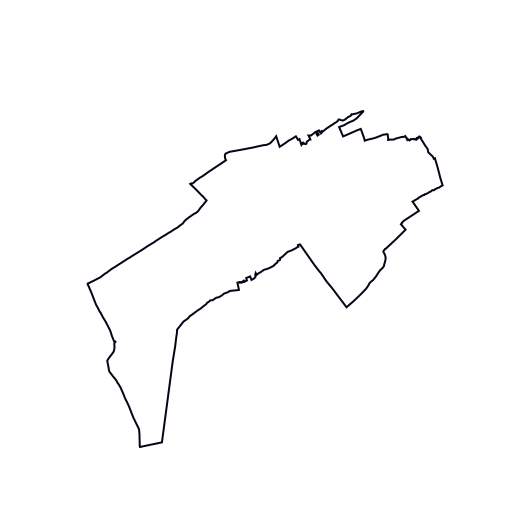 the district of Grecesti, Dolj, Romania, rotated 146°
{"feature_id": "2599482B64081840241941", "entity_name": "Grecesti", "entity_type": "district", "adm_level": 2, "iso_a3": "ROU", "parent_name": "Romania", "parent_adm1": "Dolj", "projection": "orthographic", "projection_center": [23.262, 44.454], "detail": "fine", "context": "isolated", "style": "outline", "palette": "ink", "viewbox_px": 512, "rotation_deg": 146, "n_neighbors": 0, "source": "geoboundaries", "source_scale": "gbopen_adm2", "svg_char_len": 6006}
<svg xmlns="http://www.w3.org/2000/svg" viewBox="0 0 512 512"><g transform="rotate(146 256 256)"><path d="M264.6,352.1L264.8,352.0L266.9,351.6L268.0,351.7L269.1,352.4L270.2,352.5L268.5,344.4L267.0,335.9L266.7,335.5L266.4,332.5L265.9,329.7L267.5,329.1L268.9,328.8L271.6,327.8L272.3,327.7L274.8,327.1L276.4,326.5L277.2,326.2L277.9,325.9L279.3,325.5L279.9,325.4L280.6,325.4L281.5,325.2L283.8,325.6L286.2,325.6L288.6,325.5L289.3,325.6L290.3,325.5L291.5,325.4L293.5,325.3L295.9,324.9L298.3,323.9L302.1,323.8L305.2,323.5L305.9,323.6L309.5,323.8L313.5,323.8L315.7,324.1L317.1,324.0L324.1,324.4L331.3,324.5L332.1,324.4L333.4,324.4L334.4,324.5L340.2,324.8L347.0,324.8L359.2,325.3L361.9,325.3L362.5,325.4L364.0,325.5L379.3,325.8L382.0,326.0L382.4,325.9L383.2,326.0L385.9,325.8L386.7,325.9L387.3,325.8L388.8,325.6L390.7,325.8L397.5,325.4L400.1,325.8L403.3,326.1L408.1,326.8L408.9,326.8L410.4,327.2L411.0,327.2L411.3,326.9L411.8,324.0L413.0,317.5L415.8,305.3L416.3,299.8L416.5,299.0L416.7,296.8L416.5,296.3L417.2,290.5L417.2,289.4L417.4,285.7L418.1,279.5L418.5,276.4L419.0,274.1L419.7,271.9L420.3,269.8L421.0,266.3L421.4,264.8L421.4,264.6L421.3,264.4L420.4,263.8L420.4,263.6L420.5,263.4L422.0,263.0L422.6,262.5L423.4,261.0L424.5,259.2L426.9,256.7L428.6,255.8L429.9,255.4L435.8,253.4L437.9,252.3L438.5,251.1L439.4,248.7L441.6,243.9L442.1,242.5L442.2,241.2L442.0,239.5L441.9,237.1L441.4,231.2L441.4,230.5L441.7,228.4L441.6,226.2L441.9,222.3L443.3,214.8L444.1,211.5L444.8,206.0L445.6,201.4L447.0,195.3L448.1,190.3L449.8,177.9L452.1,173.7L458.8,163.2L459.0,162.6L438.2,154.1L383.9,215.3L373.8,226.0L368.8,231.8L364.7,236.3L362.5,239.1L352.7,242.2L351.3,242.2L347.3,242.3L346.5,242.5L344.5,243.2L343.1,243.1L334.6,243.5L330.8,243.4L328.5,243.7L324.2,243.9L322.6,244.6L320.8,244.4L320.3,244.4L319.0,244.8L318.6,244.7L317.2,243.9L316.3,243.6L315.1,243.6L313.8,243.7L312.3,243.6L309.7,242.6L306.4,242.4L303.4,242.7L299.7,241.7L298.5,241.8L297.7,241.5L297.0,241.6L296.7,241.5L295.5,240.7L294.2,240.1L293.6,239.7L292.7,239.2L291.8,238.8L290.8,238.2L289.1,237.4L286.3,244.3L285.0,244.0L283.9,243.4L284.1,242.8L282.5,242.5L282.7,242.0L281.0,241.8L280.9,242.3L280.4,242.4L280.4,242.0L279.9,242.0L280.2,241.1L277.2,240.8L276.5,243.2L272.3,242.4L273.1,238.7L271.2,238.5L270.0,238.5L269.0,238.7L268.4,238.9L268.0,239.1L267.8,239.4L267.2,240.8L266.8,241.2L265.8,242.0L266.1,240.0L264.8,240.2L262.7,240.2L261.7,240.0L257.7,240.1L256.7,240.0L254.8,239.3L253.2,238.9L251.8,238.6L249.1,238.2L248.5,238.2L247.1,237.9L246.1,238.3L245.7,238.5L245.4,238.3L244.0,238.6L241.8,238.8L240.7,239.8L238.9,239.3L238.3,239.3L238.0,239.5L237.6,240.0L237.3,240.8L234.8,240.6L232.7,240.9L231.3,241.2L230.6,241.2L228.1,241.7L227.1,241.7L225.4,241.2L222.7,240.6L221.0,240.5L219.0,240.2L216.9,240.2L215.6,240.0L215.1,241.6L213.0,241.0L212.6,216.6L212.1,208.0L211.7,204.9L211.8,202.8L211.7,201.4L211.8,199.3L211.7,195.0L210.9,187.1L209.6,162.9L200.3,164.0L192.1,165.4L186.5,166.5L182.9,167.3L179.7,168.6L178.2,169.3L177.7,169.7L177.0,170.0L175.9,170.3L172.4,170.6L170.9,171.0L167.3,172.2L164.5,173.5L161.6,174.6L157.0,175.5L156.1,176.0L155.4,176.2L154.8,177.0L154.1,177.6L153.3,178.2L151.2,180.0L149.5,182.0L149.2,182.7L148.5,184.7L148.0,188.4L147.8,188.7L147.6,188.9L145.5,189.4L145.1,189.7L144.7,189.4L143.6,189.6L130.2,191.7L117.3,194.2L117.7,197.5L118.1,201.2L117.0,201.3L116.9,201.8L115.9,202.1L113.9,202.5L95.7,202.3L95.7,205.0L95.8,213.6L94.1,213.3L92.5,213.4L91.2,213.2L90.1,213.1L89.0,213.2L88.4,213.4L86.2,213.1L85.3,213.3L83.7,212.9L83.0,212.9L82.4,212.5L81.6,212.8L80.5,212.4L78.2,212.0L77.5,212.1L76.2,212.0L74.8,211.7L73.0,212.0L72.7,211.8L72.1,211.3L71.7,211.0L70.4,211.2L68.5,211.0L66.8,210.6L65.3,210.3L63.6,210.4L61.8,210.2L59.5,217.8L55.9,227.9L53.0,237.0L54.2,237.2L54.0,237.9L53.9,239.9L55.2,245.6L53.9,248.7L53.9,250.1L54.0,252.8L53.7,260.5L53.6,261.7L53.2,261.8L53.3,262.8L53.5,263.5L53.8,263.8L54.1,263.9L54.9,263.6L55.4,263.0L55.7,262.9L56.0,263.0L56.1,263.7L56.2,263.8L56.7,264.0L57.0,263.8L57.0,263.1L57.2,262.9L57.9,262.7L58.3,262.8L58.5,263.1L58.7,263.9L59.0,264.2L59.5,264.2L59.7,264.3L59.7,264.8L59.9,265.0L60.1,265.1L60.8,265.4L61.8,266.0L62.1,266.3L62.4,266.4L62.8,266.3L63.3,265.9L64.2,266.0L64.5,266.7L64.6,267.7L64.9,267.9L65.6,267.7L65.1,269.7L65.4,269.8L65.2,272.0L66.2,271.9L67.0,272.2L67.8,272.6L68.1,273.0L68.7,273.2L75.1,275.4L75.9,275.3L76.9,275.6L79.4,277.3L81.6,278.4L80.6,279.5L80.0,281.0L78.8,283.1L78.9,283.4L79.2,283.8L81.4,284.7L82.5,285.4L86.4,286.2L91.5,287.4L95.2,288.7L98.1,289.9L99.5,290.3L101.4,290.8L100.6,292.8L98.4,301.3L98.1,302.8L102.2,303.7L116.9,306.4L115.0,316.4L109.4,315.1L107.4,315.1L103.4,314.6L99.7,313.8L96.2,313.8L95.1,313.9L86.3,315.8L86.2,316.1L86.3,316.4L86.8,316.6L88.7,317.1L91.1,317.5L93.0,318.0L94.4,318.5L95.0,318.8L95.3,319.0L96.2,319.2L96.7,319.4L97.4,320.1L97.8,320.0L98.3,319.6L99.3,319.3L101.0,319.5L102.0,319.8L103.1,319.5L104.6,319.5L105.6,319.3L106.4,319.4L108.0,319.7L108.6,320.0L108.8,320.3L109.4,320.9L110.5,322.5L111.0,322.9L111.3,323.0L112.8,322.2L114.1,322.1L115.7,322.1L116.7,322.3L118.5,322.1L120.2,322.2L121.3,322.2L122.1,322.3L124.1,322.2L125.2,322.3L127.3,322.2L130.3,321.9L131.0,322.1L131.6,322.9L131.9,322.8L132.1,321.6L133.7,321.3L133.6,324.9L135.9,325.3L136.2,321.5L137.7,321.5L137.3,324.6L137.0,325.4L138.0,325.6L139.1,325.5L139.9,325.3L143.2,325.2L145.1,326.5L145.2,325.3L145.8,322.2L146.4,322.5L149.0,322.4L150.0,322.2L150.6,321.9L151.0,321.2L151.6,320.9L152.1,320.9L152.7,321.4L153.0,322.2L153.5,322.3L153.8,322.8L153.7,323.8L153.8,323.8L153.9,323.6L154.0,322.9L154.1,322.7L154.4,322.7L154.7,322.9L155.3,323.1L156.2,322.7L154.6,328.6L156.2,328.7L156.0,332.7L156.0,332.9L160.5,333.0L164.6,333.4L168.8,333.2L175.3,333.3L172.3,344.0L174.5,343.2L176.6,342.6L181.0,341.6L182.3,341.7L184.9,342.2L185.6,342.4L186.9,343.2L188.1,343.8L194.1,346.2L197.8,347.6L208.7,352.3L219.8,357.2L224.1,357.9L225.6,356.8L226.6,355.0L227.1,353.8L227.3,352.2L248.7,352.3L252.7,352.1L256.8,352.1L258.8,352.3L264.6,352.1Z" fill="none" stroke="#020617" stroke-width="2"/></g></svg>